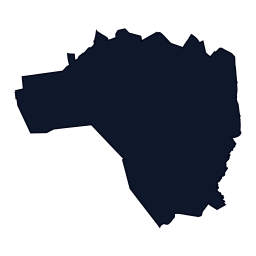 the district of Veldhoven, Noord-Brabant, Netherlands
{"feature_id": "6326949B72030349627304", "entity_name": "Veldhoven", "entity_type": "district", "adm_level": 2, "iso_a3": "NLD", "parent_name": "Netherlands", "parent_adm1": "Noord-Brabant", "projection": "albers", "projection_center": [5.404, 51.408], "detail": "fine", "context": "isolated", "style": "filled", "palette": "ink", "viewbox_px": 256, "rotation_deg": 0, "n_neighbors": 0, "source": "geoboundaries", "source_scale": "gbopen_adm2", "svg_char_len": 5407}
<svg xmlns="http://www.w3.org/2000/svg" viewBox="0 0 256 256"><path d="M159.7,226.9L159.9,226.4L160.1,226.0L160.5,225.4L160.8,225.1L161.3,224.7L162.1,224.2L163.1,223.6L163.6,223.3L163.9,223.3L164.1,223.3L164.4,223.3L165.0,223.6L165.7,223.9L166.2,224.0L166.8,224.0L167.3,224.0L167.8,223.9L168.1,223.7L168.6,223.3L170.4,221.6L170.9,221.0L171.1,220.9L171.5,220.4L171.5,220.2L172.2,219.1L172.6,218.7L173.7,217.7L174.0,217.4L174.1,216.9L174.2,216.3L174.2,214.1L174.3,213.8L174.4,213.6L174.8,213.0L176.0,213.3L176.3,213.2L176.5,213.0L178.2,213.1L182.6,213.7L186.6,214.4L198.5,216.3L201.1,215.4L201.4,214.5L202.0,211.7L208.3,203.3L211.5,205.8L212.7,206.3L213.9,207.3L214.3,207.5L215.4,208.1L217.2,209.3L217.8,208.7L225.1,204.7L224.8,204.4L224.5,204.1L224.2,203.5L223.9,203.2L223.6,203.0L223.3,202.5L223.3,202.3L223.4,202.2L224.3,201.6L224.5,201.5L224.5,201.4L224.3,201.2L223.8,201.0L223.3,200.5L223.2,200.5L222.9,200.6L222.5,200.5L222.3,200.3L221.9,199.9L221.8,199.7L221.9,199.4L223.2,197.9L223.4,197.5L223.3,197.4L223.2,197.4L222.8,197.5L222.4,197.9L222.2,198.3L221.8,198.3L221.6,198.1L221.6,197.9L221.8,197.5L222.4,196.8L222.8,196.3L223.0,196.0L223.0,195.9L222.8,195.8L222.6,195.8L221.8,196.0L221.4,196.0L220.7,195.6L220.4,195.3L220.2,195.0L220.9,194.7L220.9,194.4L220.3,193.4L220.0,192.8L219.8,192.8L219.5,193.0L219.4,193.1L219.1,193.1L218.9,193.0L218.7,192.8L218.4,192.5L218.1,191.8L217.8,191.4L217.1,190.9L216.8,190.7L216.7,190.4L216.7,189.4L216.7,189.2L216.8,189.1L217.8,188.6L218.0,188.2L218.1,187.9L218.2,187.6L218.1,187.3L218.0,187.0L217.9,186.9L217.5,186.8L216.3,186.9L216.2,186.8L216.1,186.7L216.4,186.2L216.5,186.0L217.1,185.5L217.6,185.1L217.7,184.9L217.7,184.7L216.9,183.7L216.8,183.4L217.3,182.7L217.8,181.7L218.0,181.4L218.8,181.4L219.0,181.3L219.2,181.0L219.5,180.3L219.6,180.2L219.8,180.1L220.0,179.9L220.2,179.4L220.5,178.8L221.2,178.2L221.3,178.2L221.4,177.9L221.3,177.6L220.4,177.6L220.2,177.4L220.2,177.2L220.5,177.0L223.5,175.6L224.1,175.3L224.3,174.9L224.5,173.9L224.3,173.1L224.3,172.6L224.5,172.2L225.1,171.5L225.3,171.2L225.3,170.9L225.5,170.5L225.7,170.3L226.1,170.0L226.5,169.5L227.2,168.2L227.0,167.9L226.8,167.9L226.4,168.1L225.9,168.1L225.6,168.1L225.5,167.8L225.4,167.5L225.5,167.2L225.7,166.8L225.8,166.4L225.5,165.9L225.3,165.6L225.3,165.4L225.4,165.1L225.8,164.7L225.7,164.0L225.3,162.8L225.3,162.7L227.2,160.2L228.1,159.5L228.5,159.1L228.7,158.6L229.0,157.5L229.0,157.3L228.9,157.3L228.1,157.1L227.9,157.0L227.8,156.8L227.8,156.6L228.2,156.2L228.5,156.1L229.1,155.9L229.3,155.7L229.6,155.5L229.8,155.1L229.7,154.9L228.9,155.0L228.8,154.9L228.7,154.8L228.7,154.3L228.7,153.9L228.8,153.4L229.1,153.1L230.1,151.8L230.7,150.7L231.1,150.0L231.2,149.9L231.6,149.9L232.1,150.1L232.5,149.9L232.5,148.9L232.5,148.7L232.6,148.4L232.8,147.9L234.1,146.8L234.5,146.3L234.8,145.9L234.3,145.1L234.4,144.8L235.0,144.5L235.4,144.2L235.6,143.9L235.1,143.2L234.6,142.6L234.4,142.3L232.8,139.8L231.5,137.9L236.1,136.7L236.7,136.5L238.3,135.8L238.8,135.4L239.5,134.8L239.9,134.3L240.4,133.5L240.6,133.1L240.6,132.7L240.6,132.3L240.5,132.0L240.4,131.9L240.1,131.8L240.0,131.6L239.9,131.1L239.8,130.2L239.8,128.8L240.0,127.0L239.9,125.3L240.0,124.6L240.0,124.0L239.7,120.1L239.8,119.9L239.7,119.8L239.7,119.2L239.7,118.8L239.6,118.5L239.5,118.2L239.4,116.6L239.5,116.4L239.7,116.2L239.8,116.2L239.8,115.7L239.5,115.6L239.4,115.5L239.4,115.4L238.8,112.0L238.2,106.8L237.9,105.4L238.0,104.9L237.9,104.7L237.7,104.1L237.6,103.6L236.9,102.2L236.7,101.7L236.2,99.4L235.8,99.3L235.7,98.1L236.3,98.0L236.4,97.5L236.4,97.3L236.2,94.9L236.2,94.4L236.3,93.8L236.5,92.7L236.7,91.3L236.7,90.4L236.7,88.5L236.5,85.8L236.4,84.2L236.5,83.7L236.6,83.0L236.8,82.8L236.8,82.0L236.7,82.0L236.3,81.8L236.3,81.7L236.0,76.8L235.6,73.4L235.6,72.3L235.2,67.8L234.8,65.1L234.7,63.9L234.6,61.8L234.6,60.2L234.5,58.1L234.4,57.0L234.3,56.7L234.0,56.5L232.0,54.3L231.2,53.6L228.9,52.3L228.3,52.1L224.9,50.4L222.7,49.1L221.0,48.3L219.8,48.5L219.5,48.7L215.6,52.6L214.7,51.9L210.3,57.1L205.5,53.1L202.8,41.3L201.5,41.9L199.4,43.2L197.4,39.9L196.8,39.2L196.2,38.5L195.3,37.7L194.1,36.7L193.8,36.5L191.9,35.1L191.4,34.8L187.9,40.6L187.6,40.9L187.0,41.6L184.7,45.1L183.8,46.7L183.2,47.9L171.6,43.9L171.0,43.7L170.7,43.4L170.1,42.9L169.8,43.0L169.4,42.8L169.2,42.6L169.1,42.4L169.0,42.2L169.0,41.8L167.2,39.9L163.6,36.1L160.6,33.3L160.1,33.0L159.5,32.8L159.1,32.7L158.4,32.8L157.7,33.0L157.1,33.3L156.7,32.6L141.5,41.2L140.6,36.4L128.7,33.2L127.9,32.3L124.9,29.1L118.4,30.6L118.1,30.8L117.7,31.3L116.2,33.7L116.0,34.8L116.3,37.6L109.9,40.1L109.7,40.1L107.1,40.0L107.2,38.3L107.1,38.1L106.9,37.9L103.8,35.9L103.7,36.0L97.1,31.8L96.8,31.6L96.6,31.3L96.4,32.9L95.9,35.9L94.8,40.5L94.7,40.7L94.2,41.0L94.3,42.4L94.6,43.5L94.5,43.8L94.4,44.3L94.2,44.6L93.7,45.5L93.2,46.1L92.9,46.4L91.5,47.6L91.2,47.8L90.6,48.0L89.9,47.9L89.2,48.0L88.9,48.1L88.6,48.3L88.4,48.6L88.0,49.0L86.7,50.5L85.3,52.2L83.6,53.5L83.1,53.5L80.8,55.4L79.7,56.1L79.6,56.3L79.1,56.8L78.4,58.4L77.9,59.3L77.7,59.4L76.3,60.0L76.1,60.1L75.5,60.6L74.5,59.9L74.1,54.4L68.8,54.1L68.4,54.0L67.8,53.8L68.3,58.6L69.8,65.4L67.1,66.7L62.9,71.3L22.4,76.9L23.6,89.1L15.9,90.8L16.2,91.4L15.4,92.2L15.5,92.3L16.2,98.6L17.2,98.7L18.0,105.3L30.8,132.7L46.5,132.4L53.5,128.8L64.3,127.5L91.5,124.5L109.4,143.4L122.5,157.1L124.3,159.1L122.8,159.9L125.4,169.5L129.8,186.6L130.2,188.3L136.4,196.5L159.1,225.9L159.2,226.3L159.7,226.9Z" fill="#0f172a" stroke="#020617" stroke-width="1.5"/></svg>